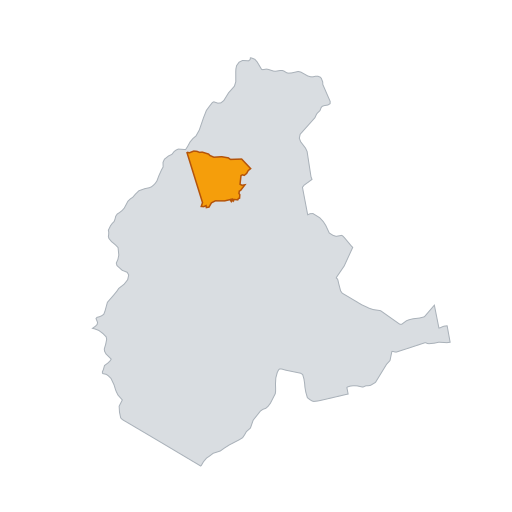 location of Wau, Western Bahr el Ghazal, South Sudan, rotated 79°
{"feature_id": "79223893B74023037447504", "entity_name": "Wau", "entity_type": "district", "adm_level": 2, "iso_a3": "SSD", "parent_name": "South Sudan", "parent_adm1": "Western Bahr el Ghazal", "projection": "robinson", "projection_center": [27.449, 7.398], "detail": "fine", "context": "in_parent", "style": "filled", "palette": "amber", "viewbox_px": 512, "rotation_deg": 79, "n_neighbors": 0, "source": "geoboundaries", "source_scale": "gbopen_adm2", "svg_char_len": 4327}
<svg xmlns="http://www.w3.org/2000/svg" viewBox="0 0 512 512"><g transform="rotate(79 256 256)"><path d="M406.3,401.2L391.9,417.5L390.9,418.5L389.1,419.7L383.3,419.8L377.3,419.0L371.8,414.7L366.2,418.0L362.6,419.0L360.5,419.4L355.5,419.9L348.5,421.7L345.3,423.9L343.6,425.6L342.2,428.8L341.5,429.1L340.2,428.8L338.4,427.5L334.6,425.6L332.7,421.6L331.0,419.1L329.6,417.8L323.6,421.9L320.7,422.8L318.4,422.7L314.0,420.4L309.3,418.5L306.8,418.5L303.1,420.9L299.0,424.6L296.8,428.2L295.8,430.3L294.3,427.0L292.9,425.0L290.9,424.2L286.9,425.0L285.9,423.8L285.7,421.0L285.1,418.5L284.1,416.5L281.0,414.6L273.1,410.7L267.0,402.9L263.9,399.2L261.6,396.9L258.5,390.8L254.8,386.5L250.4,384.6L247.5,385.5L244.5,390.1L238.9,394.3L236.3,394.5L233.0,392.2L228.9,390.5L221.4,389.8L218.3,391.8L214.3,395.1L210.8,397.0L208.7,397.2L206.7,396.5L204.5,396.0L202.5,396.0L198.5,393.0L196.5,390.8L195.1,388.7L192.8,387.3L190.2,386.1L188.3,384.2L187.4,381.9L185.9,378.9L183.9,376.2L177.8,371.3L176.0,368.5L174.8,365.7L172.3,362.6L169.6,358.5L168.7,352.4L168.6,347.6L168.1,345.3L166.9,343.1L165.6,341.2L163.5,339.0L158.5,335.9L153.4,332.3L150.9,330.2L146.3,329.4L143.5,327.4L141.1,322.8L140.2,319.2L137.8,316.4L136.8,314.3L136.2,311.9L138.1,304.8L135.4,302.2L131.4,298.9L128.5,295.3L126.7,292.0L121.5,287.6L110.2,281.1L103.6,276.9L100.1,273.1L97.0,269.5L96.6,268.0L98.7,264.3L99.0,261.3L97.3,258.0L90.5,251.7L85.2,244.8L81.1,242.6L71.2,240.7L68.4,240.0L65.4,238.7L62.5,235.6L61.5,231.9L63.0,226.0L62.0,224.2L60.4,223.7L60.8,222.5L62.7,219.6L65.8,217.8L73.9,214.9L74.4,213.8L74.5,210.1L75.2,208.3L78.0,203.2L78.4,201.2L78.5,196.9L78.9,194.8L79.7,193.4L82.0,190.9L82.7,189.3L83.1,186.0L82.9,179.4L84.0,176.9L89.1,170.9L90.5,168.2L91.0,165.9L90.9,163.4L91.3,161.0L92.8,158.7L94.1,158.0L97.9,157.3L100.4,157.7L118.4,153.7L120.6,154.2L121.5,156.6L121.4,160.5L121.7,162.4L122.7,163.7L125.5,165.5L127.5,168.6L128.6,169.7L131.5,171.8L144.9,189.4L148.6,191.0L152.3,190.4L159.6,186.8L163.2,185.9L188.7,186.9L191.5,186.4L195.6,195.2L197.4,197.3L225.4,197.4L224.8,194.8L225.2,192.0L230.1,186.7L230.8,186.0L235.1,183.4L239.3,181.7L247.4,179.7L250.4,176.5L252.0,173.6L252.1,167.9L253.1,166.9L255.1,165.6L264.4,160.5L266.0,159.4L282.6,171.3L291.9,180.7L292.4,181.2L292.9,181.4L293.4,181.0L293.8,180.6L295.0,180.2L298.9,180.1L306.4,179.6L308.9,178.5L324.0,161.6L327.8,156.3L328.7,155.2L330.9,151.3L333.2,144.8L333.6,144.0L350.1,128.2L350.7,127.0L350.8,126.0L348.3,120.7L347.8,118.0L347.6,113.8L348.1,107.4L347.9,103.3L347.7,102.2L338.3,90.3L361.6,90.2L361.6,88.8L361.5,88.3L361.1,86.9L360.8,85.1L360.8,84.0L360.9,83.1L361.0,82.6L360.9,82.1L360.9,81.9L361.0,81.7L377.7,81.9L377.5,85.2L375.5,92.9L375.6,97.6L375.1,102.9L374.6,104.4L373.7,105.7L373.4,106.3L373.4,106.9L377.1,136.5L376.8,137.8L375.9,139.6L375.7,140.2L375.6,140.7L376.0,141.0L383.7,144.2L384.1,144.4L384.4,144.7L387.2,148.5L402.5,162.5L403.0,163.2L404.6,167.6L404.8,168.3L404.8,169.3L404.8,170.2L404.4,172.8L404.6,174.0L404.8,174.8L405.0,175.7L405.0,176.0L404.9,176.6L402.7,181.7L401.9,185.4L401.7,188.4L401.9,190.2L402.1,191.3L402.3,191.8L402.6,191.9L409.1,191.9L409.1,193.6L410.1,220.3L410.1,223.3L409.8,227.0L409.1,228.5L407.2,230.6L404.9,232.6L399.0,233.1L394.1,233.0L390.6,232.6L385.8,232.4L381.3,232.8L379.6,234.5L373.7,248.7L371.9,252.2L371.4,254.3L372.0,255.5L374.3,257.3L379.4,259.8L385.3,261.3L389.6,262.0L392.6,262.6L394.9,263.4L403.2,269.9L405.9,272.9L407.4,275.5L407.8,278.4L409.0,281.2L416.6,290.1L423.8,294.3L426.6,299.0L429.3,301.3L431.8,303.8L433.2,307.5L436.3,318.1L438.5,323.7L440.6,328.3L441.5,335.8L443.2,339.1L445.0,343.2L447.9,346.8L451.1,349.6L451.6,350.4L420.5,385.2L406.3,401.2Z" fill="#d9dde1" stroke="#a8b0b8" stroke-width="1"/><path d="M158.1,251.6L156.3,262.7L154.4,264.4L152.0,270.7L151.0,278.5L148.5,282.1L146.9,283.1L143.8,288.9L143.5,291.7L142.0,294.0L141.1,297.1L142.0,301.8L141.2,303.3L141.4,304.0L163.5,301.6L193.4,298.3L196.9,300.3L197.6,297.9L197.0,295.4L199.0,295.5L199.0,292.8L195.3,289.6L194.1,285.4L195.9,276.2L195.7,270.7L198.0,269.8L197.3,268.7L195.6,269.4L195.6,268.2L197.5,267.5L196.3,266.8L197.4,263.2L196.2,262.3L196.1,261.1L192.7,260.2L191.3,260.8L189.1,260.0L188.6,258.5L184.0,253.3L183.9,256.3L182.5,258.0L174.2,255.4L173.7,253.8L174.6,252.2L173.2,249.5L170.6,247.3L169.2,244.6L158.1,251.6Z" fill="#f59e0b" stroke="#b45309" stroke-width="1.5"/></g></svg>